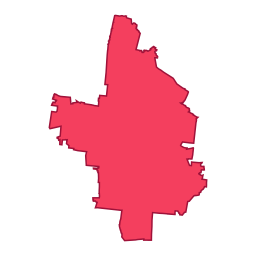 Silao de la Victoria, Guanajuato, Mexico (Albers equal-area conic projection)
{"feature_id": "50627088B90006920351190", "entity_name": "Silao de la Victoria", "entity_type": "district", "adm_level": 2, "iso_a3": "MEX", "parent_name": "Mexico", "parent_adm1": "Guanajuato", "projection": "albers", "projection_center": [-101.426, 20.976], "detail": "fine", "context": "isolated", "style": "filled", "palette": "rose", "viewbox_px": 256, "rotation_deg": 0, "n_neighbors": 0, "source": "geoboundaries", "source_scale": "gbopen_adm2", "svg_char_len": 5562}
<svg xmlns="http://www.w3.org/2000/svg" viewBox="0 0 256 256"><path d="M137.0,25.1L136.1,24.4L135.7,24.3L135.4,23.7L135.0,23.6L134.8,23.2L134.2,23.1L133.7,23.0L133.0,23.6L132.7,23.9L132.3,24.2L131.6,23.4L131.2,19.1L126.9,17.9L126.3,17.2L126.4,16.1L125.4,15.9L124.2,16.2L123.6,16.2L122.6,15.8L121.7,15.7L120.8,15.9L119.0,16.1L118.6,15.9L115.4,15.4L114.7,15.6L113.2,22.1L113.4,22.2L113.1,22.4L112.0,27.9L112.5,28.2L112.1,28.6L111.9,28.6L111.4,29.1L111.6,29.3L111.6,30.5L111.4,30.5L111.4,30.9L111.2,30.9L111.1,31.3L111.2,31.6L110.3,35.9L110.0,35.9L109.8,36.2L110.0,36.5L109.8,36.7L109.8,37.0L110.0,37.1L110.0,37.3L110.2,37.5L110.0,37.8L109.8,37.9L109.6,39.0L109.8,39.8L109.2,40.0L109.2,40.4L108.5,41.1L109.1,41.9L108.5,44.0L108.3,43.7L108.1,44.1L108.4,44.1L108.4,44.3L108.1,45.9L107.8,49.6L107.6,50.6L107.2,55.0L106.1,72.6L104.9,84.5L107.7,84.7L106.5,96.0L99.7,95.4L99.4,98.4L98.5,98.3L98.3,101.0L98.8,101.1L98.4,106.1L94.0,105.5L93.6,105.3L91.4,104.8L84.4,103.8L84.4,103.3L84.4,102.8L82.8,102.6L81.0,102.1L80.4,103.1L79.1,102.4L79.0,102.5L76.5,100.8L77.0,102.4L72.9,102.9L72.9,103.7L70.9,103.9L70.3,97.3L61.3,96.5L60.4,96.4L58.3,95.7L55.8,94.2L55.5,94.5L54.5,93.9L53.8,95.0L54.0,95.1L53.7,97.4L53.1,97.2L52.6,99.0L56.5,100.3L56.1,100.8L56.0,101.2L55.5,101.1L55.0,102.7L53.1,102.1L52.6,103.2L52.5,103.7L52.2,103.6L51.6,105.3L57.6,106.1L57.4,107.2L57.4,107.4L57.6,107.6L57.3,109.2L57.4,109.3L56.9,111.4L56.0,112.1L51.7,111.5L49.3,127.5L50.0,128.7L61.0,126.2L60.2,136.1L57.1,137.3L57.2,138.2L58.2,138.1L58.7,140.2L59.9,139.7L59.8,144.5L61.9,144.8L62.4,140.0L67.2,139.7L67.0,140.6L66.6,140.3L66.8,141.6L66.5,143.7L68.9,145.6L68.7,147.9L73.8,148.5L73.6,149.7L77.6,150.6L86.6,151.7L85.7,155.6L86.3,165.3L98.8,166.5L98.8,167.7L98.0,167.7L98.0,168.4L93.4,168.1L93.5,168.9L97.1,169.3L97.1,170.7L97.9,170.8L97.9,172.5L98.4,172.5L98.5,175.0L98.6,178.4L98.3,182.4L99.4,182.5L99.4,186.7L99.2,190.8L99.2,192.9L99.1,193.2L99.3,193.2L99.5,196.2L99.3,197.8L92.9,197.8L93.0,200.0L93.4,200.0L93.4,201.1L95.5,201.1L96.4,202.4L97.1,202.4L95.4,207.8L97.5,207.7L121.1,210.3L121.9,210.3L121.8,210.6L120.8,218.7L120.1,221.0L120.0,221.3L119.6,224.9L119.3,224.9L119.5,226.7L120.4,230.1L120.6,230.1L121.2,233.0L121.8,233.3L122.0,235.3L121.8,236.9L124.6,240.6L135.5,239.9L137.8,239.5L143.8,239.0L143.7,240.1L151.4,240.2L151.5,234.1L151.9,226.7L152.0,219.9L152.6,212.6L160.1,213.3L162.4,213.4L168.6,213.9L168.5,214.0L175.0,214.5L175.1,213.8L174.9,213.4L175.2,210.9L177.8,211.1L177.8,211.3L178.7,212.5L178.9,213.2L179.5,213.2L179.8,214.8L182.3,215.1L182.5,214.9L182.5,214.6L183.6,213.6L184.4,212.3L185.8,212.1L187.7,201.5L189.3,201.2L193.9,195.8L194.5,195.6L194.8,195.7L195.0,195.5L195.3,195.6L195.7,195.4L196.4,195.5L199.0,195.0L199.2,194.5L199.3,192.6L199.8,192.5L200.1,192.5L200.7,192.3L200.8,191.7L201.0,191.4L201.2,190.5L202.9,189.4L202.9,189.2L203.2,188.9L203.4,188.9L204.1,187.7L204.5,186.6L206.4,186.9L206.5,185.4L206.5,182.8L206.7,179.9L202.0,179.2L202.3,178.2L202.5,178.0L202.5,177.3L203.0,175.1L201.9,175.5L201.5,175.5L201.3,175.3L200.5,175.1L200.1,174.4L199.9,174.6L199.3,174.3L198.8,173.8L198.8,173.6L199.0,173.4L199.4,173.1L199.8,172.7L201.0,172.6L201.2,171.2L201.1,170.4L201.4,169.9L203.0,169.9L203.5,170.0L204.3,169.9L204.2,168.6L204.0,168.0L204.0,166.7L203.8,166.3L203.2,166.5L202.2,166.4L201.8,166.4L200.7,165.9L200.6,164.6L200.8,164.1L200.9,163.7L201.2,163.5L201.8,163.2L202.1,162.5L199.2,162.7L192.9,162.2L191.6,162.0L191.4,165.6L189.5,165.4L187.0,159.2L188.1,159.3L188.3,158.8L190.9,159.0L191.9,159.0L192.7,154.9L193.4,148.1L193.2,147.8L191.3,148.3L186.7,149.2L187.1,148.0L185.6,147.9L183.8,147.5L181.1,146.0L180.6,145.2L182.5,142.0L189.8,142.9L193.7,143.2L196.0,122.3L196.2,121.8L196.5,119.9L196.3,119.7L196.2,118.7L196.6,118.2L197.1,118.1L197.9,117.3L196.9,117.1L193.7,115.2L193.9,115.1L193.0,114.1L192.4,114.0L192.2,113.6L190.5,113.0L189.7,112.3L188.5,111.9L189.7,110.9L189.6,110.6L189.5,110.3L189.2,110.0L189.3,109.6L189.2,109.6L189.2,109.4L189.4,109.0L189.2,108.5L188.9,108.3L188.2,108.1L188.0,107.8L187.0,107.6L185.7,106.6L185.8,106.1L185.2,105.5L184.8,105.6L183.1,104.3L181.7,103.9L180.8,103.1L181.3,103.1L181.2,103.2L181.6,103.3L181.8,102.8L182.0,102.7L182.1,102.9L181.9,103.7L182.1,103.4L182.5,103.3L182.7,102.8L183.2,102.4L183.3,101.9L183.7,101.8L184.1,100.9L184.4,100.9L184.7,100.5L185.1,99.8L187.5,94.6L188.4,92.0L188.3,91.8L188.0,91.7L187.8,91.3L185.9,90.2L185.3,89.7L184.8,89.5L184.7,89.2L184.9,88.8L184.7,88.7L184.3,89.0L183.9,88.6L182.6,88.0L176.8,83.9L173.2,78.3L163.6,72.2L160.8,70.1L158.5,68.8L156.5,67.1L154.8,57.8L155.5,57.7L156.0,57.8L157.0,57.9L156.8,57.5L157.7,56.9L157.3,56.1L157.0,55.7L156.3,55.3L156.2,54.7L156.0,54.3L156.1,53.8L155.9,53.6L155.2,53.2L155.2,52.9L154.9,52.1L154.8,51.7L155.4,51.0L156.0,50.8L156.5,50.8L156.9,49.8L156.5,49.5L155.8,49.6L155.1,48.6L154.3,48.5L155.1,48.3L155.6,47.7L154.8,47.3L154.1,47.2L154.2,46.9L154.1,46.7L153.8,46.5L153.5,46.5L153.0,47.2L152.6,47.1L152.1,47.4L151.8,48.0L150.5,48.6L150.2,49.1L150.3,49.7L150.5,49.8L149.9,50.1L149.8,50.3L149.6,50.3L149.4,50.4L148.3,51.1L147.6,51.1L147.3,50.7L146.7,50.5L146.6,50.4L145.7,50.7L145.4,50.7L145.1,50.5L145.0,50.2L144.1,50.2L143.8,50.7L143.8,50.8L144.2,51.2L144.0,51.9L143.7,52.1L143.3,52.2L143.1,52.5L142.1,52.4L142.1,52.1L141.9,51.7L142.0,51.6L142.0,51.2L141.3,50.5L141.0,50.4L140.2,50.9L140.0,51.0L139.6,50.7L139.5,50.4L136.0,49.6L140.2,33.3L138.9,31.9L139.1,31.8L139.0,31.3L138.9,31.2L138.6,30.8L138.2,30.6L137.3,30.0L137.4,29.9L137.4,29.4L136.5,29.1L136.1,28.6L136.2,27.7L136.8,26.9L136.4,26.5L137.0,25.1Z" fill="#f43f5e" stroke="#9f1239" stroke-width="1.5"/></svg>